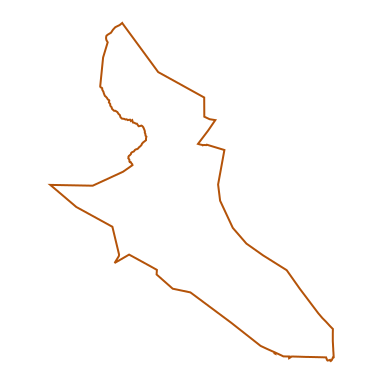 outline of San Francisco Teopan, Oaxaca, Mexico
{"feature_id": "50627088B43256659786300", "entity_name": "San Francisco Teopan", "entity_type": "district", "adm_level": 2, "iso_a3": "MEX", "parent_name": "Mexico", "parent_adm1": "Oaxaca", "projection": "natural_earth1", "projection_center": [-97.547, 17.899], "detail": "fine", "context": "isolated", "style": "outline", "palette": "amber", "viewbox_px": 384, "rotation_deg": 0, "n_neighbors": 0, "source": "geoboundaries", "source_scale": "gbopen_adm2", "svg_char_len": 2373}
<svg xmlns="http://www.w3.org/2000/svg" viewBox="0 0 384 384"><path d="M100.2,86.4L100.6,87.3L101.8,87.8L102.2,88.3L102.2,89.2L102.5,90.2L103.4,91.7L103.8,93.2L104.3,94.5L104.9,95.9L105.9,96.7L107.1,98.1L107.5,98.9L107.9,99.5L109.1,100.2L109.3,100.7L108.9,102.4L110.2,104.0L110.2,105.2L110.6,106.2L111.6,107.2L112.0,108.8L112.8,109.6L114.1,110.8L115.4,110.8L117.4,112.1L118.5,113.9L119.8,115.0L120.5,117.2L121.9,118.6L124.3,118.9L125.4,119.5L126.7,119.3L127.7,120.1L129.2,119.8L130.1,119.7L130.8,121.0L132.2,120.1L132.9,122.5L134.4,122.8L135.4,123.4L136.1,123.7L136.9,123.7L138.6,126.2L139.7,126.1L141.4,125.6L142.3,126.1L143.3,127.3L144.6,130.4L144.9,131.8L144.8,132.7L145.2,133.5L145.4,134.0L145.4,134.6L145.6,135.8L146.4,136.6L146.0,138.3L146.0,140.2L144.1,141.7L143.0,142.5L142.6,143.1L142.0,143.6L141.6,144.8L140.3,146.3L139.1,147.2L138.6,147.8L138.1,148.5L136.9,149.2L136.3,149.2L135.0,149.9L133.9,151.4L131.9,152.3L131.1,153.1L130.9,154.1L129.9,155.2L128.9,155.9L128.4,156.9L128.5,157.6L128.3,158.2L128.7,158.8L129.3,159.5L129.4,160.1L129.4,160.6L129.4,161.3L129.6,161.8L129.8,162.1L130.5,162.0L131.0,162.4L131.4,163.4L132.2,164.1L132.5,165.1L123.1,171.7L92.7,185.7L50.3,184.9L76.3,207.0L112.4,226.8L119.1,254.7L118.8,256.2L114.6,263.0L129.1,254.6L150.3,266.2L156.9,269.9L156.6,274.5L172.7,288.7L190.4,292.4L231.0,322.6L260.6,345.9L266.8,348.8L274.2,352.1L274.4,353.3L275.2,353.7L274.9,352.4L281.2,355.3L283.4,356.4L289.3,356.5L289.0,357.4L289.1,358.2L291.8,356.5L299.1,356.7L305.2,356.9L310.9,357.0L315.1,357.1L319.4,357.2L323.1,357.3L326.1,357.4L326.3,358.2L326.7,358.8L326.8,359.6L327.5,360.5L328.4,360.3L329.4,360.4L329.6,360.1L330.0,359.9L330.4,360.6L330.8,361.0L331.9,359.9L332.9,357.5L333.3,357.7L333.7,357.4L333.4,351.9L333.3,351.1L333.2,348.2L333.1,346.9L333.0,344.6L332.8,341.1L332.8,339.6L332.8,337.7L332.8,333.4L332.9,329.0L331.2,327.3L330.1,326.2L325.9,321.6L322.4,318.1L318.3,313.3L299.9,288.9L286.7,270.2L263.1,255.4L246.4,243.6L232.8,227.9L220.1,200.7L218.1,184.5L224.4,150.0L206.8,144.7L206.4,145.1L203.8,145.0L202.7,145.3L202.5,145.0L199.3,144.3L198.0,143.9L208.1,130.6L215.3,120.1L209.6,119.2L204.3,116.7L204.2,97.5L158.2,72.1L122.3,23.2L122.2,23.0L119.6,25.1L117.5,26.1L115.3,27.2L113.0,29.7L111.0,32.7L107.7,34.7L106.5,35.7L106.1,37.1L106.1,38.7L106.5,40.3L107.7,42.3L103.1,57.5L100.2,86.4Z" fill="none" stroke="#b45309" stroke-width="2"/></svg>